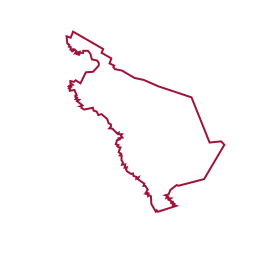 outline of Nitchidorf, Timis, Romania, rotated 25°
{"feature_id": "2599482B42012307395467", "entity_name": "Nitchidorf", "entity_type": "district", "adm_level": 2, "iso_a3": "ROU", "parent_name": "Romania", "parent_adm1": "Timis", "projection": "robinson", "projection_center": [21.512, 45.567], "detail": "medium", "context": "isolated", "style": "outline", "palette": "rose", "viewbox_px": 256, "rotation_deg": 25, "n_neighbors": 0, "source": "geoboundaries", "source_scale": "gbopen_adm2", "svg_char_len": 1856}
<svg xmlns="http://www.w3.org/2000/svg" viewBox="0 0 256 256"><g transform="rotate(25 128 128)"><path d="M188.6,192.1L188.9,190.5L190.6,191.2L204.6,178.2L202.5,178.4L202.0,176.2L201.4,179.3L200.0,176.3L198.5,178.5L199.1,176.1L195.3,175.9L196.6,173.7L194.1,174.7L193.6,173.6L192.3,175.1L192.0,172.9L190.4,173.1L192.8,171.0L192.6,166.1L196.2,159.2L198.3,158.9L218.6,142.1L222.4,102.5L218.0,100.8L208.1,106.7L172.6,73.4L138.0,77.4L121.8,77.8L112.8,79.9L98.2,78.5L91.1,80.2L89.0,79.1L89.1,77.3L84.0,77.3L83.5,72.0L72.3,71.0L72.1,66.9L37.5,63.9L37.9,70.4L33.6,70.9L37.3,77.1L39.8,77.4L40.0,79.3L41.9,78.9L42.7,81.1L44.5,80.1L44.1,81.7L45.1,82.1L46.7,79.5L48.7,80.2L48.5,82.5L51.2,80.1L50.6,82.6L52.7,82.3L53.0,79.7L55.6,78.9L54.8,76.9L59.1,75.0L62.5,76.6L66.3,81.1L71.6,79.9L74.1,81.5L75.1,83.8L72.6,91.8L66.3,95.3L66.0,107.6L60.4,106.9L59.4,109.1L55.9,109.8L56.7,111.6L59.6,112.2L58.4,113.2L59.0,114.3L57.0,114.2L56.6,115.4L58.6,115.3L57.8,116.8L59.8,116.9L58.4,117.4L59.5,118.9L63.4,116.2L67.7,120.1L66.6,120.8L67.1,122.1L69.0,122.1L68.4,124.0L71.7,123.2L70.5,125.2L77.1,126.7L75.8,128.2L76.9,127.8L77.3,129.5L80.5,129.8L87.6,124.5L89.4,126.8L92.8,126.4L95.6,128.8L98.2,126.6L105.4,128.7L108.3,131.8L111.0,132.0L111.9,133.8L111.2,136.2L114.2,135.2L120.4,137.5L121.5,136.2L121.8,137.7L125.2,136.2L124.8,138.0L127.0,139.1L123.9,141.3L125.1,141.9L123.2,143.7L123.8,147.9L126.5,147.6L126.1,149.0L127.5,149.5L129.3,148.8L129.8,153.9L132.8,154.3L132.3,156.3L134.0,155.8L135.6,159.8L138.0,161.4L138.1,163.8L140.9,162.1L141.7,165.4L143.6,164.1L143.7,166.4L145.5,167.7L150.3,168.3L151.7,167.1L153.2,169.1L156.4,168.8L156.9,170.4L158.4,168.3L158.4,170.2L166.4,171.6L166.5,173.9L168.3,173.2L172.0,175.6L171.5,178.8L173.5,178.6L172.1,180.1L174.2,179.8L175.0,181.2L175.7,179.9L177.6,180.2L181.3,187.0L188.6,192.1Z" fill="none" stroke="#9f1239" stroke-width="2"/></g></svg>